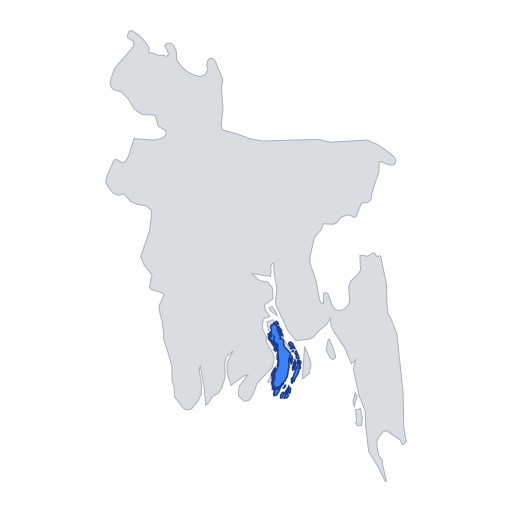 Bhola, Barisal, Bangladesh (highlighted)
{"feature_id": "16705992B37732832620169", "entity_name": "Bhola", "entity_type": "district", "adm_level": 2, "iso_a3": "BGD", "parent_name": "Bangladesh", "parent_adm1": "Barisal", "projection": "natural_earth1", "projection_center": [90.703, 22.35], "detail": "fine", "context": "in_parent", "style": "filled", "palette": "blue", "viewbox_px": 512, "rotation_deg": 0, "n_neighbors": 0, "source": "geoboundaries", "source_scale": "gbopen_adm2", "svg_char_len": 9794}
<svg xmlns="http://www.w3.org/2000/svg" viewBox="0 0 512 512"><path d="M171.9,379.8L171.9,365.7L163.5,337.8L163.9,334.8L162.2,321.4L160.1,313.9L159.0,306.0L164.1,294.6L162.1,292.8L150.8,289.3L149.5,286.4L152.0,275.1L143.9,264.5L140.7,256.6L149.5,231.0L151.7,213.2L151.1,209.8L145.8,205.8L136.5,204.2L129.9,200.9L126.0,195.9L122.8,193.8L118.7,195.3L113.6,193.4L109.3,188.4L105.7,182.3L107.1,175.7L114.0,159.9L116.5,159.5L122.4,162.5L124.6,162.5L128.5,156.3L134.0,138.6L152.9,140.1L157.5,139.5L162.2,138.1L164.8,135.9L166.2,133.1L165.7,130.6L160.0,127.3L157.7,124.8L156.1,117.7L154.4,115.0L143.0,114.7L137.1,111.4L133.9,108.5L128.2,98.8L121.1,91.7L114.2,90.0L111.6,87.7L110.2,84.0L111.0,78.7L114.6,68.5L133.4,46.5L133.9,44.0L133.2,41.2L127.7,37.7L127.4,35.9L129.0,31.3L132.1,30.7L138.5,34.9L145.1,41.7L149.0,47.8L149.1,52.5L154.2,53.5L158.5,55.6L162.9,55.0L165.8,56.2L167.7,55.7L168.5,53.0L164.8,46.0L166.6,43.2L170.9,43.3L174.0,45.9L176.3,51.2L176.6,59.5L181.7,67.0L188.3,72.4L193.5,74.8L199.8,76.6L205.2,74.9L207.9,69.6L206.7,65.0L207.6,60.8L209.7,58.5L213.1,58.6L215.6,61.9L222.9,79.9L221.4,87.8L223.0,109.6L221.1,124.0L222.2,129.5L223.5,130.4L234.5,133.1L250.6,138.9L262.8,141.0L318.3,139.4L330.4,142.2L367.4,140.1L377.5,144.6L388.5,152.1L394.7,157.6L395.8,160.8L395.1,163.5L393.1,165.0L389.3,165.1L380.6,161.5L379.1,162.5L379.0,171.1L372.0,192.7L371.0,199.4L368.5,202.1L361.2,203.4L356.4,216.0L354.4,217.6L349.6,214.8L346.6,215.3L342.8,216.4L339.1,219.3L336.5,222.9L333.6,224.2L323.2,223.9L321.2,229.8L314.4,237.4L309.8,257.7L310.1,263.9L315.9,280.1L319.9,301.0L321.5,303.2L323.4,303.4L323.5,293.7L325.4,292.5L327.8,293.6L332.7,306.5L335.5,309.8L339.8,310.8L344.7,308.8L348.4,305.0L349.8,300.9L348.5,286.8L350.9,281.0L359.3,272.5L360.5,269.8L359.9,255.7L363.1,255.2L367.4,256.4L372.8,253.0L374.4,252.9L376.7,256.5L380.5,255.9L386.4,283.9L386.9,303.7L388.3,314.7L390.3,317.2L396.8,333.7L403.0,391.7L403.8,428.6L406.3,441.1L404.3,443.9L402.2,444.5L400.3,440.1L386.6,430.7L383.2,431.7L378.6,437.1L376.7,442.1L377.5,449.2L379.1,456.2L382.3,460.2L382.6,464.6L386.3,481.2L385.2,481.3L377.8,466.2L368.6,451.4L365.6,424.8L365.4,411.6L359.2,396.2L353.3,369.3L355.8,359.8L351.5,363.9L344.7,347.8L334.0,332.0L330.8,325.0L330.7,318.1L326.1,325.0L319.8,329.8L313.5,337.1L309.2,339.2L295.8,340.6L288.0,330.9L276.9,307.2L275.4,301.8L276.9,287.9L274.3,274.7L273.5,263.1L271.5,264.1L270.7,267.3L271.1,272.2L270.3,276.3L251.7,273.6L259.6,280.6L268.2,282.2L272.6,288.4L272.9,298.7L264.5,305.0L265.2,310.2L270.1,316.6L264.2,318.4L262.6,322.6L262.4,328.5L266.6,337.6L265.9,341.2L272.9,353.1L274.3,358.9L272.5,367.0L257.2,383.3L252.8,394.9L249.0,400.3L244.3,401.3L238.6,395.9L238.5,390.2L239.7,385.7L247.7,374.9L243.3,376.3L231.0,385.3L228.6,378.0L227.0,371.3L227.0,363.1L233.0,350.7L226.3,356.9L224.4,364.6L225.2,373.6L224.3,380.0L221.6,388.4L218.0,393.4L212.2,396.6L209.6,401.6L205.7,405.2L204.3,388.4L200.2,365.6L199.3,370.5L201.4,384.6L201.3,393.8L198.1,401.0L191.6,408.8L186.7,409.9L183.8,408.7L174.6,397.0L173.9,385.9L171.9,379.8ZM284.8,380.1L273.4,382.9L267.7,382.0L278.5,361.6L278.1,352.4L276.4,345.0L270.9,339.0L270.6,334.7L268.2,328.8L266.9,322.0L273.0,319.8L277.9,323.7L279.7,331.5L282.2,337.3L290.7,349.3L290.6,356.7L288.2,374.6L284.8,380.1ZM309.2,373.4L302.3,378.9L304.6,346.6L309.7,358.6L311.0,365.0L309.2,373.4ZM335.8,357.3L332.7,359.6L329.9,357.6L326.2,350.0L328.0,340.4L329.2,339.1L333.5,348.9L335.8,357.3ZM361.6,425.4L357.6,425.8L355.7,423.5L356.6,420.2L355.5,409.8L360.5,408.7L362.4,417.5L361.6,425.4ZM357.1,396.1L354.2,406.5L353.0,401.9L355.1,392.8L357.1,396.1ZM276.0,312.1L277.1,315.4L270.8,311.1L269.1,308.0L271.9,306.4L276.0,312.1Z" fill="#d9dde1" stroke="#a8b0b8" stroke-width="1"/><path d="M270.8,332.1L271.1,332.2L271.1,331.9L271.4,331.5L271.2,332.3L271.9,336.2L271.7,335.8L271.1,336.8L269.1,337.9L268.9,338.8L270.2,339.2L272.4,341.2L273.4,342.8L274.6,343.5L274.5,341.6L273.8,340.3L274.2,337.3L273.6,335.5L274.4,337.3L273.8,340.3L274.5,341.3L274.6,342.9L277.0,343.7L277.6,344.5L277.8,345.5L277.6,347.7L278.0,350.7L277.9,354.0L278.3,356.5L278.1,358.4L278.4,359.0L278.5,358.2L278.7,361.2L278.3,365.7L276.5,370.2L274.0,374.2L274.7,373.9L274.7,378.2L273.0,384.2L275.1,387.5L276.7,387.5L278.7,387.1L280.1,386.2L282.4,382.9L285.1,381.0L286.0,378.7L287.0,377.3L289.0,366.4L288.7,359.7L289.3,357.4L290.5,355.1L290.6,354.1L287.3,349.7L284.5,346.8L283.8,344.7L283.6,340.8L283.2,340.1L282.3,339.1L280.7,339.0L280.4,338.8L281.5,338.8L279.8,336.0L279.7,334.5L278.5,332.7L276.7,325.9L274.8,324.5L273.3,324.1L272.1,324.5L271.9,325.6L271.2,325.4L270.6,327.4L271.4,329.3L271.5,330.6L270.8,332.1ZM299.4,365.4L298.5,360.2L297.4,360.4L297.5,363.5L296.7,367.4L294.1,373.7L292.5,379.4L292.5,379.8L292.7,379.3L292.9,380.9L293.5,381.4L294.1,381.2L295.0,378.6L297.9,373.7L298.7,371.5L299.4,365.4ZM279.8,389.1L275.4,389.0L274.9,390.2L274.1,395.6L276.3,395.1L278.4,392.5L279.8,389.1ZM295.0,348.6L292.4,343.4L290.2,341.9L289.0,342.6L289.0,343.1L291.2,345.7L294.1,348.5L295.0,348.6ZM271.8,383.1L272.6,382.3L273.7,378.7L273.1,374.2L273.5,373.1L273.2,372.4L272.3,372.7L271.3,375.2L272.2,376.2L272.0,377.6L272.3,380.3L271.8,383.1ZM284.2,398.2L287.0,397.7L288.2,396.1L288.4,395.0L287.3,393.9L286.6,393.7L287.7,392.7L286.7,392.9L285.6,394.4L284.4,397.4L284.2,398.2ZM281.6,398.1L282.5,397.4L283.8,394.0L283.4,392.4L282.2,392.7L280.8,394.9L280.5,397.3L280.8,398.0L281.6,398.1ZM275.9,344.0L275.4,343.9L274.1,344.1L273.3,345.4L275.0,348.6L275.6,349.0L275.6,348.7L276.4,348.9L276.4,348.4L276.0,346.3L275.2,344.9L276.1,345.9L276.0,344.7L276.3,345.5L276.8,344.5L275.6,344.1L275.1,344.1L275.3,344.6L275.0,344.2L274.3,344.3L275.0,344.0L275.9,344.0ZM298.7,356.6L297.6,354.3L296.7,354.7L296.1,356.2L296.4,357.9L297.2,358.6L298.9,358.6L298.7,356.6ZM268.4,337.0L269.1,337.0L269.2,336.7L269.4,335.2L268.9,334.4L269.4,334.8L269.7,336.5L270.1,335.0L269.9,336.6L270.4,336.6L271.0,335.9L270.5,336.5L271.0,336.6L271.4,335.1L271.0,332.6L270.6,332.6L270.2,333.6L269.6,333.2L269.2,333.7L268.3,333.8L268.4,337.0ZM290.8,388.9L289.9,387.8L288.9,388.5L288.4,389.8L288.8,392.4L289.5,393.3L289.9,393.0L289.5,391.8L289.8,391.5L290.2,391.8L290.4,391.3L290.3,389.0L290.6,389.2L290.8,388.9ZM273.4,323.7L276.3,324.2L277.8,323.9L278.2,323.4L277.7,322.2L276.6,321.3L276.2,321.8L275.5,322.0L275.4,322.5L273.9,322.9L273.4,323.7ZM281.6,330.3L280.1,328.5L279.4,330.6L281.1,334.2L281.6,331.2L280.8,330.4L281.4,330.6L281.6,330.3ZM272.3,372.4L275.0,371.3L275.3,370.5L275.3,368.1L274.6,368.1L272.3,372.4ZM293.2,347.9L290.0,344.8L289.7,344.8L290.3,346.1L290.6,348.5L291.7,348.9L293.2,348.5L293.2,347.9ZM287.5,391.4L287.4,390.4L288.4,388.0L288.3,387.3L285.0,392.2L284.9,393.8L285.8,392.0L287.5,391.4ZM272.5,388.1L273.6,388.8L274.7,387.9L272.7,384.8L272.1,385.3L272.7,387.4L272.5,388.1ZM292.7,359.3L292.0,359.3L292.2,357.0L291.9,356.2L290.5,359.2L290.9,361.1L291.9,360.5L292.7,359.3ZM296.2,350.9L295.3,351.6L295.0,353.4L295.9,354.5L297.3,353.8L296.2,350.9ZM292.8,370.9L293.6,366.5L293.5,363.9L292.4,367.8L292.8,370.9ZM294.0,364.8L295.0,361.6L295.2,361.1L294.9,360.0L293.5,363.4L294.0,364.8ZM292.2,383.2L292.7,382.0L292.5,380.5L291.9,379.9L291.5,380.6L291.4,382.4L291.8,383.1L292.2,383.2ZM281.6,385.7L283.2,384.0L283.5,382.9L282.4,383.3L281.1,385.8L281.6,385.7ZM269.5,340.0L270.4,341.2L270.9,341.2L272.7,342.5L270.1,339.4L269.8,339.4L269.5,340.0ZM272.3,344.4L272.9,344.8L273.2,344.5L273.1,344.8L273.6,344.3L273.1,344.0L273.7,343.9L272.8,343.1L272.0,343.3L272.7,343.0L272.5,342.9L273.1,343.1L272.7,342.7L271.6,342.6L272.3,344.4ZM294.4,369.0L295.2,366.7L295.3,364.7L294.9,364.9L294.1,368.8L294.4,369.0ZM300.6,364.3L300.9,362.2L300.6,361.2L300.0,360.9L299.9,362.1L300.6,364.3ZM300.1,365.0L300.4,363.9L299.3,361.8L299.4,363.2L300.1,365.0ZM284.3,386.7L285.4,386.6L285.5,385.1L284.7,385.4L284.3,386.7ZM277.2,355.3L277.6,356.0L278.0,357.0L277.7,353.0L277.2,355.3ZM277.2,359.4L277.6,359.6L277.7,360.4L277.6,357.6L277.2,357.3L277.2,359.4ZM278.1,364.3L278.4,361.4L278.3,359.5L277.8,364.2L278.1,364.3ZM279.2,388.6L280.1,387.9L280.3,387.3L278.3,388.0L279.2,388.6ZM292.2,351.7L293.0,351.8L293.4,350.7L292.4,350.9L292.2,351.7ZM278.2,324.2L277.7,323.9L276.1,324.4L277.1,324.9L278.2,324.2ZM294.5,363.8L295.4,363.1L295.2,361.6L294.5,363.8ZM274.2,391.5L273.5,394.7L273.9,394.2L274.4,390.1L274.3,389.5L273.9,389.9L274.2,390.2L274.2,391.5ZM282.7,334.9L282.4,333.8L282.0,333.5L281.8,335.0L282.7,334.9ZM291.5,379.3L292.3,378.7L292.5,377.3L291.3,379.1L291.5,379.3ZM271.6,342.6L272.5,342.5L270.5,341.3L270.9,341.8L271.6,342.6ZM273.3,389.6L273.4,389.2L272.4,388.3L272.3,389.1L273.3,389.6ZM289.6,345.3L289.7,344.6L289.0,344.2L289.2,345.9L289.2,345.3L289.6,345.3ZM275.3,351.0L275.4,350.0L274.4,350.0L274.9,350.4L275.3,351.0ZM289.0,387.7L289.4,387.3L288.8,386.2L288.6,386.9L289.0,387.7ZM283.8,388.2L284.1,387.9L284.6,387.3L283.3,387.9L283.8,388.2ZM268.5,339.2L268.5,338.3L269.0,337.1L268.4,337.2L268.5,339.2ZM277.4,366.9L277.9,365.9L278.0,364.5L277.9,364.5L277.4,366.9ZM300.3,366.1L300.0,367.1L300.3,368.3L300.4,368.2L300.3,366.1ZM292.0,362.5L292.1,361.5L291.4,362.4L292.0,362.5ZM269.3,339.8L269.6,339.1L268.9,338.9L268.9,339.5L269.3,339.8ZM276.1,351.1L276.3,349.9L275.4,349.6L275.9,350.2L276.1,351.1ZM277.7,356.8L277.5,355.9L277.2,355.6L277.2,356.3L277.7,356.8ZM280.5,336.4L280.3,335.4L280.0,335.1L279.9,335.6L280.5,336.4ZM297.1,363.7L297.2,363.0L297.0,362.4L296.8,362.8L297.1,363.7ZM279.0,327.9L278.3,327.8L278.6,328.4L279.0,327.9ZM277.4,352.1L277.8,351.2L277.4,350.8L277.4,352.1ZM278.9,326.4L278.6,326.4L278.2,326.8L278.7,326.9L278.9,326.4ZM290.1,361.3L290.2,360.8L290.0,360.2L289.8,360.8L290.1,361.3ZM291.1,363.9L291.3,363.8L291.5,363.3L291.1,363.4L291.1,363.9ZM280.7,387.1L281.4,386.2L280.5,386.9L280.7,387.1ZM282.8,335.7L282.7,335.2L282.4,335.2L282.5,335.5L282.8,335.7ZM292.6,380.2L292.2,379.5L292.1,379.4L291.9,379.8L292.6,380.2Z" fill="#3b82f6" stroke="#1e3a8a" stroke-width="1.5"/></svg>